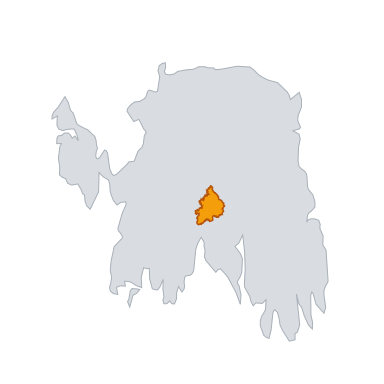 Loughrea Lea-5, Galway, Ireland (highlighted), rotated 279°
{"feature_id": "5873133B84872998039455", "entity_name": "Loughrea Lea-5", "entity_type": "district", "adm_level": 2, "iso_a3": "IRL", "parent_name": "Ireland", "parent_adm1": "Galway", "projection": "robinson", "projection_center": [-8.446, 53.152], "detail": "fine", "context": "in_parent", "style": "filled", "palette": "amber", "viewbox_px": 384, "rotation_deg": 279, "n_neighbors": 0, "source": "geoboundaries", "source_scale": "gbopen_adm2", "svg_char_len": 8566}
<svg xmlns="http://www.w3.org/2000/svg" viewBox="0 0 384 384"><g transform="rotate(279 192 192)"><path d="M251.1,62.5L241.7,67.4L240.3,69.2L237.7,76.8L237.4,78.9L231.5,87.4L228.1,89.1L223.2,90.5L220.3,91.8L216.8,91.1L212.2,91.3L210.0,92.8L210.1,93.9L211.5,95.3L219.8,99.1L219.4,100.8L217.0,102.6L202.0,107.1L197.6,109.9L196.0,111.7L197.6,114.7L209.6,123.8L211.7,124.8L213.4,130.1L224.0,132.3L228.4,135.6L232.1,136.4L240.2,136.1L243.5,137.4L245.3,136.4L246.4,134.7L255.4,128.2L252.5,123.4L261.6,115.2L264.1,115.3L268.5,117.8L272.0,121.3L273.2,126.0L276.6,130.2L278.8,131.6L284.6,132.5L286.0,134.1L285.0,140.2L285.9,142.2L300.7,142.1L306.6,139.4L311.8,139.9L314.4,142.6L315.5,145.4L311.1,146.5L306.5,145.9L304.2,147.7L304.1,151.3L305.8,155.9L308.9,159.1L311.5,166.4L313.6,174.5L316.9,179.4L317.7,185.5L317.2,188.5L317.9,193.9L316.5,195.7L317.6,200.8L323.3,217.0L324.5,229.7L321.9,234.5L318.4,239.0L316.1,244.3L314.4,250.1L313.4,259.4L305.8,270.3L302.5,273.0L298.7,274.7L307.2,282.3L300.4,285.7L292.9,286.8L284.5,284.9L279.4,285.1L272.8,289.1L271.3,288.4L268.2,282.1L265.9,288.6L261.2,290.6L253.0,290.2L239.3,291.9L234.0,293.7L231.8,296.6L230.2,300.0L228.1,301.9L225.7,303.0L215.1,305.4L213.0,306.4L208.1,311.8L201.7,314.9L196.4,315.8L191.6,312.7L189.7,310.8L187.5,309.8L180.2,310.0L182.5,311.0L184.0,313.2L184.7,317.4L183.9,321.5L180.3,323.6L176.0,324.0L169.3,328.3L160.3,329.5L155.5,333.5L125.9,340.2L124.2,340.3L120.1,338.6L115.7,337.8L111.3,338.3L98.9,342.1L92.9,341.3L100.6,332.0L110.9,327.3L112.0,326.0L108.6,325.4L89.1,328.7L82.3,331.4L75.5,332.3L78.6,328.0L87.4,322.2L95.0,318.4L98.3,315.0L107.6,311.1L77.8,319.1L70.0,318.1L68.2,315.9L62.2,316.9L59.9,311.5L69.0,303.4L74.3,299.8L80.5,297.9L86.5,295.2L88.7,291.9L85.9,290.8L68.0,291.7L59.5,291.0L59.9,288.3L61.6,285.4L70.5,280.4L75.3,279.6L79.6,280.1L87.1,283.0L97.2,282.0L93.0,278.9L92.4,272.4L89.2,270.2L93.3,267.2L98.0,265.3L105.9,259.1L108.7,258.2L124.2,256.6L140.9,253.4L157.5,248.8L149.0,246.3L145.0,243.0L138.4,249.7L133.7,252.3L120.4,253.7L116.2,252.9L110.3,250.8L108.4,251.6L106.7,253.2L97.9,256.5L88.6,257.3L99.4,251.3L113.1,241.0L116.2,237.7L120.6,232.1L119.2,229.6L116.4,228.1L126.4,216.5L129.8,214.4L136.1,214.1L140.8,212.2L142.8,212.2L144.7,211.5L148.7,208.1L142.5,205.8L136.0,204.7L116.0,205.9L113.4,205.7L110.9,204.6L109.4,203.0L108.2,199.1L106.7,198.2L102.2,198.2L97.8,199.4L94.7,199.3L91.6,197.6L96.5,193.5L90.3,192.6L83.9,193.4L78.7,192.2L78.5,189.6L80.9,187.1L77.8,184.7L77.2,181.7L80.6,180.2L84.2,180.7L91.6,178.4L101.2,177.3L93.0,175.1L89.8,173.2L89.7,170.3L90.3,167.9L99.8,163.7L109.8,161.8L109.1,159.0L109.8,156.1L99.7,155.2L89.7,157.3L90.8,151.6L93.2,146.4L93.7,143.0L93.3,139.4L88.6,140.9L88.1,135.8L86.1,132.3L79.2,134.7L79.4,130.1L81.4,126.8L85.0,125.4L88.6,126.0L95.3,126.0L101.8,123.5L111.1,122.9L125.9,123.7L136.0,130.6L138.6,129.3L142.7,125.0L144.6,124.5L160.0,126.4L169.5,128.9L172.0,128.1L170.6,123.3L167.4,119.9L171.5,115.6L176.5,112.6L179.8,111.1L187.5,109.3L190.9,107.5L193.1,101.9L196.7,97.2L177.4,99.7L159.0,94.1L161.9,90.2L165.8,87.9L172.5,86.2L173.1,84.2L176.5,82.5L182.1,78.0L180.0,72.1L181.1,67.9L185.2,65.2L186.4,61.3L188.2,58.4L196.3,57.4L204.2,54.8L216.2,54.4L219.4,55.5L218.6,50.8L224.3,50.2L226.5,51.1L227.5,54.4L230.1,56.6L231.0,60.3L229.2,63.1L226.4,65.3L229.0,67.6L224.9,71.7L229.4,69.9L235.7,65.9L235.3,62.7L234.2,58.6L232.4,54.9L233.2,50.8L236.7,48.2L246.0,47.0L242.2,42.3L245.6,41.9L249.3,42.9L254.7,46.5L266.3,51.6L260.7,56.0L253.8,59.1L251.1,62.5ZM87.7,153.5L87.4,155.7L83.0,152.9L80.8,149.9L68.6,148.5L73.7,145.5L76.2,146.4L84.8,146.5L87.2,147.7L87.7,153.5Z" fill="#d9dde1" stroke="#a8b0b8" stroke-width="1"/><path d="M200.0,211.2L199.9,211.0L199.9,210.9L200.0,210.8L200.5,210.5L200.8,210.0L201.1,209.7L201.0,209.4L200.1,209.3L199.8,209.2L199.4,209.3L198.9,209.1L198.9,208.9L199.1,208.9L198.9,208.7L199.1,208.5L198.7,208.3L198.6,208.0L198.0,208.1L198.1,207.8L197.9,207.8L197.9,207.7L197.6,207.6L197.2,207.5L197.1,207.3L197.1,207.1L197.0,206.8L196.3,206.7L195.9,206.8L196.0,206.7L195.9,206.2L195.5,206.5L195.0,206.6L194.9,207.0L194.5,206.9L194.7,207.2L194.6,207.4L194.7,207.7L194.6,207.8L193.5,207.6L193.2,207.8L192.9,208.0L192.4,209.0L192.0,208.2L191.9,208.0L191.6,207.9L191.2,207.8L190.8,207.7L190.8,207.3L190.9,207.2L191.3,207.3L191.3,207.2L191.6,206.9L191.8,206.7L191.4,206.7L191.2,206.5L191.1,206.2L190.9,206.3L190.2,206.2L190.1,206.3L190.0,206.0L190.5,206.0L191.1,206.1L191.0,205.9L191.0,205.6L190.9,205.6L190.9,205.4L190.0,205.3L190.1,205.2L189.1,204.7L188.9,204.5L188.5,204.5L188.2,204.4L187.9,204.5L188.0,204.7L187.9,204.8L187.3,204.9L187.2,204.8L187.0,204.7L186.7,204.8L186.5,204.6L186.3,204.7L185.9,204.7L185.5,204.6L185.4,204.5L185.5,204.3L185.8,204.5L186.3,204.5L186.3,204.3L186.5,204.3L186.4,204.1L186.7,204.0L186.8,203.9L187.0,203.9L187.3,203.5L187.1,203.4L186.8,203.4L186.3,203.3L186.0,203.2L185.8,203.1L185.8,202.9L186.0,202.4L186.2,202.2L185.8,202.2L185.4,201.9L185.2,201.8L185.1,201.7L184.7,201.5L184.4,201.6L184.4,201.4L184.5,201.4L184.5,201.1L184.4,200.7L184.1,200.6L183.7,200.6L183.6,200.9L183.5,201.0L183.2,200.9L182.8,201.2L182.8,201.3L182.7,201.4L183.0,201.7L182.9,201.9L182.8,202.0L181.9,201.8L181.6,201.8L181.3,201.9L181.3,202.0L181.9,202.2L181.8,202.5L181.7,202.7L181.9,203.0L181.6,203.1L180.9,203.1L180.4,203.2L180.0,203.4L180.2,203.5L179.9,203.7L179.8,203.8L179.9,204.1L179.6,203.9L179.4,203.8L178.5,204.1L178.2,204.6L177.8,204.5L177.4,204.1L177.6,203.9L177.8,203.6L178.0,203.5L177.8,203.2L177.8,202.7L177.6,202.6L177.4,202.6L177.1,202.2L177.1,201.8L176.4,201.7L176.2,201.7L175.5,201.7L175.3,201.7L175.0,201.5L175.0,201.2L174.9,200.9L175.0,200.7L174.7,200.7L174.8,200.6L174.8,200.4L174.7,200.1L174.7,199.9L174.9,199.8L174.6,199.7L174.2,199.7L174.1,199.3L174.1,199.1L174.1,198.9L174.1,198.7L174.1,198.4L173.9,198.3L173.8,198.5L171.7,198.8L171.8,199.1L171.7,199.4L171.8,199.5L171.7,199.6L171.2,199.4L170.9,199.6L170.8,199.9L170.7,199.9L170.7,200.1L171.6,200.5L172.0,200.9L171.8,201.2L171.8,201.8L171.7,202.2L171.8,202.4L170.3,202.5L170.1,202.4L169.7,202.4L169.5,202.1L169.6,201.9L168.4,201.4L168.1,201.2L168.1,201.3L167.9,201.3L167.7,201.3L167.3,201.2L167.0,201.0L166.9,201.1L166.7,201.1L166.6,201.3L166.4,201.5L166.4,201.9L166.0,201.8L165.2,201.9L164.7,201.9L164.7,202.0L164.2,202.1L164.0,201.9L163.7,201.9L163.6,201.7L163.0,201.6L162.2,201.8L161.7,202.0L161.5,202.5L161.4,202.5L161.1,202.7L161.0,202.9L160.8,203.2L160.9,203.4L160.9,203.5L160.9,203.8L161.2,204.4L161.6,204.9L161.9,205.0L162.0,205.2L161.9,205.3L161.7,205.2L161.5,205.3L161.5,205.5L161.9,205.8L162.2,206.1L162.4,206.2L162.3,206.3L162.6,206.3L162.7,206.6L162.3,206.7L162.4,206.8L162.7,207.0L162.9,207.3L162.9,207.5L163.1,207.6L163.4,207.9L163.6,207.8L163.9,208.0L164.0,208.2L164.4,208.5L164.8,208.6L165.0,208.6L165.3,208.8L165.0,208.9L164.9,209.1L165.0,209.2L165.0,209.3L165.3,209.3L165.5,209.5L165.8,209.7L166.2,210.0L166.4,209.9L166.4,210.0L166.5,210.0L166.8,209.9L167.1,210.1L167.1,210.4L167.3,210.5L167.2,210.6L167.0,210.9L166.9,210.9L166.9,211.0L167.0,211.0L166.9,211.0L167.0,211.1L167.2,211.3L167.1,211.6L167.6,211.8L167.5,212.0L167.3,212.1L167.5,212.4L167.5,212.9L166.8,212.8L166.9,213.0L166.4,213.6L166.0,213.7L165.7,214.0L166.1,214.5L166.1,214.9L166.3,215.3L166.6,215.7L166.9,216.0L167.2,216.6L167.6,217.0L169.4,216.4L170.2,216.4L170.6,216.2L171.2,216.4L171.7,216.8L171.9,217.0L172.1,217.4L172.2,217.7L172.2,217.8L171.5,218.1L171.5,218.6L171.7,218.9L171.7,219.0L171.8,219.0L172.0,219.3L171.7,219.5L171.8,219.7L171.3,219.8L170.8,219.9L170.8,220.0L171.0,220.1L171.3,220.4L171.4,220.5L171.5,220.8L171.3,220.9L171.1,221.3L171.1,221.7L171.3,222.0L171.6,222.3L171.8,222.2L172.5,222.2L173.0,222.2L173.2,222.5L173.3,223.2L173.7,223.1L173.7,223.3L174.0,223.3L174.1,223.5L174.1,223.9L174.1,224.2L174.4,224.8L174.6,225.1L174.6,225.4L174.8,225.3L175.3,225.0L175.6,224.9L176.6,225.3L177.1,225.5L177.4,225.9L177.7,226.2L178.1,226.1L179.3,225.4L179.6,224.6L180.0,224.6L180.4,224.5L180.4,224.8L180.6,225.1L180.9,225.3L181.7,225.3L182.5,225.6L182.6,225.8L182.8,225.9L182.7,226.0L182.8,226.2L183.0,226.3L183.3,226.3L183.4,226.0L183.6,226.0L183.8,225.7L184.1,225.2L184.5,225.0L185.8,225.2L186.7,223.5L188.1,222.6L188.7,221.2L188.8,219.7L189.9,219.2L191.7,218.8L192.1,218.0L192.4,217.9L193.0,217.6L193.1,217.3L193.0,217.2L193.5,216.7L193.8,216.3L193.9,216.1L194.3,215.8L194.4,215.5L194.8,215.2L194.6,214.9L194.6,214.7L195.0,214.3L195.1,214.0L195.2,213.7L195.5,213.6L195.9,213.2L196.1,213.0L196.0,212.9L196.7,212.3L197.1,211.9L197.4,211.7L197.8,211.7L198.5,211.7L199.0,211.6L199.3,211.6L199.9,211.5L200.0,211.2Z" fill="#f59e0b" stroke="#b45309" stroke-width="1.5"/></g></svg>